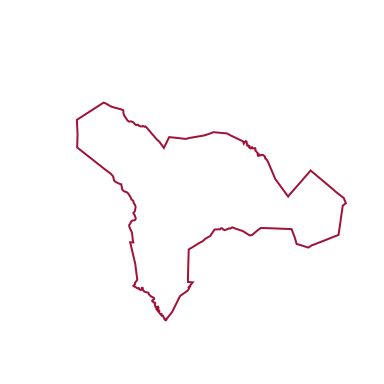 outline of San Cristóbal Amatlán, Oaxaca, Mexico, rotated 137°
{"feature_id": "50627088B79757190065545", "entity_name": "San Cristóbal Amatlán", "entity_type": "district", "adm_level": 2, "iso_a3": "MEX", "parent_name": "Mexico", "parent_adm1": "Oaxaca", "projection": "albers", "projection_center": [-96.353, 16.302], "detail": "fine", "context": "isolated", "style": "outline", "palette": "rose", "viewbox_px": 384, "rotation_deg": 137, "n_neighbors": 0, "source": "geoboundaries", "source_scale": "gbopen_adm2", "svg_char_len": 4939}
<svg xmlns="http://www.w3.org/2000/svg" viewBox="0 0 384 384"><g transform="rotate(137 192 192)"><path d="M245.6,302.9L242.8,284.6L240.2,267.7L238.9,260.7L239.0,257.9L239.0,257.2L239.5,256.2L239.8,256.0L241.1,253.7L241.1,251.8L240.3,249.7L239.8,248.4L239.3,247.2L239.0,246.6L238.6,246.0L238.5,245.9L240.7,242.3L241.0,242.0L241.2,241.4L241.4,240.4L241.4,240.2L241.4,239.6L241.3,238.9L241.0,238.4L240.6,237.8L240.4,237.3L240.0,236.8L239.9,236.4L239.8,235.9L239.7,234.6L239.8,233.8L239.9,233.1L240.1,232.1L240.3,231.2L240.4,230.3L240.7,229.8L240.8,229.2L241.0,228.8L241.3,227.8L241.3,227.6L241.2,227.3L241.2,226.8L241.1,226.5L241.1,226.0L241.1,225.3L241.3,225.0L241.4,224.8L241.6,224.4L242.0,223.9L242.2,223.4L242.4,221.9L242.7,221.1L243.1,220.0L243.8,219.2L245.0,218.4L246.2,217.4L247.1,216.9L248.2,216.7L248.9,216.7L249.1,216.7L249.4,216.2L249.6,215.5L249.7,214.6L249.8,213.9L250.3,212.9L250.6,212.0L250.9,211.5L251.3,211.1L251.5,210.7L252.0,210.5L252.8,210.4L253.6,210.7L254.1,211.1L254.8,211.6L255.3,211.7L255.7,211.9L256.2,211.9L256.8,211.8L257.3,211.6L257.9,211.3L258.7,211.0L259.1,211.0L259.6,210.9L260.4,210.7L260.6,210.6L261.5,209.3L261.8,208.7L262.5,206.7L263.3,204.1L264.3,202.2L265.6,200.5L267.3,198.3L269.0,195.8L269.3,195.2L271.5,197.4L276.4,188.8L282.9,177.5L283.3,177.1L291.9,165.1L296.1,164.3L296.6,163.4L298.9,163.3L297.4,158.4L297.0,158.3L296.6,158.2L296.4,157.9L296.6,157.5L296.9,156.8L296.4,155.4L296.2,155.2L295.6,155.1L295.0,155.1L294.8,155.3L294.5,155.8L294.3,156.1L294.0,156.1L293.7,155.9L293.5,155.6L293.5,155.4L293.7,155.1L293.9,154.9L294.4,154.5L294.7,154.3L294.6,154.0L294.8,153.7L294.8,152.8L294.8,151.9L294.6,151.3L294.4,150.9L293.9,150.0L293.6,149.6L293.2,149.0L292.8,148.6L292.7,148.1L292.7,147.8L292.9,147.4L293.1,147.1L293.2,146.7L293.3,145.9L293.3,144.4L293.2,143.8L292.9,143.3L292.8,142.5L292.5,142.0L292.4,141.4L292.2,140.9L292.1,140.6L292.2,140.2L292.4,140.0L292.6,139.8L293.0,139.6L293.4,139.6L293.7,139.6L293.9,139.5L294.2,139.7L294.4,139.8L294.7,139.8L295.0,139.7L295.3,139.6L295.5,139.4L295.6,139.1L295.6,138.9L295.5,138.4L295.3,137.8L295.3,137.5L295.2,137.1L295.0,136.9L294.9,136.8L294.7,136.6L294.6,136.4L294.6,136.1L294.6,135.9L294.8,135.7L295.0,135.6L295.5,135.4L295.8,135.0L296.0,134.8L296.2,134.5L296.4,134.2L296.5,134.0L296.7,133.5L296.9,133.2L297.0,132.8L297.0,132.4L296.9,132.1L296.7,131.9L296.3,132.0L295.8,131.9L295.7,131.8L295.4,131.6L295.2,131.4L295.0,131.2L295.3,130.6L295.3,130.4L295.6,130.2L295.9,129.9L296.2,129.8L296.3,129.7L296.7,129.9L296.9,130.0L297.0,130.2L297.0,130.5L297.3,130.9L297.5,130.8L297.9,130.8L298.1,128.1L297.8,128.1L297.6,128.1L297.3,128.0L297.1,127.9L296.9,127.9L296.9,127.6L297.0,127.2L297.4,127.0L297.9,126.9L298.2,126.8L298.4,124.1L298.1,124.1L297.9,123.9L297.7,123.8L297.6,123.5L298.1,123.4L298.3,123.2L298.5,122.0L298.4,121.9L298.1,121.8L297.9,121.6L297.7,121.5L297.6,121.3L297.6,121.0L297.7,120.8L297.8,120.7L298.2,119.9L298.3,119.6L298.3,119.2L298.3,118.6L298.4,118.3L298.8,118.1L298.9,116.8L298.8,116.4L298.7,116.1L298.4,115.9L297.6,116.1L297.5,116.3L297.5,116.5L297.4,116.6L297.0,116.8L296.8,116.8L296.7,116.6L296.2,116.6L288.4,117.8L271.6,124.1L262.3,122.8L258.2,124.2L258.7,124.7L253.1,125.4L256.3,129.0L253.9,131.6L233.6,152.2L221.8,149.8L219.5,149.3L218.0,148.7L214.0,148.7L208.8,147.4L201.1,149.2L196.9,145.6L195.7,145.7L195.0,145.3L194.7,144.4L194.7,143.1L194.2,141.9L190.6,140.3L189.9,140.3L188.8,139.1L186.6,138.6L186.0,137.4L185.5,136.3L181.5,128.8L180.0,123.2L179.3,120.8L178.6,120.3L177.3,119.6L169.6,119.2L168.8,119.1L166.1,118.7L156.7,109.3L144.5,97.0L147.6,89.2L150.9,82.7L144.8,72.0L144.6,71.9L140.9,71.4L138.4,70.3L130.2,67.0L123.8,64.5L114.6,60.9L114.1,60.7L102.6,69.9L102.2,70.3L93.9,76.9L91.1,79.2L88.5,79.0L87.1,78.8L85.1,84.2L86.6,93.2L87.4,100.9L90.6,126.8L107.8,125.0L123.6,123.4L124.8,123.1L122.2,144.8L115.8,162.4L115.2,165.7L115.6,166.5L114.5,168.3L114.6,169.7L115.1,170.6L115.0,170.9L115.7,171.6L118.9,173.2L118.7,174.1L117.8,173.6L117.3,174.3L117.4,175.3L117.6,175.6L117.3,178.0L117.5,179.0L116.5,179.9L115.9,180.9L118.0,182.6L118.1,182.8L117.9,183.3L117.6,183.7L117.6,183.8L118.5,183.7L119.4,183.9L119.6,184.4L119.8,185.6L119.6,186.0L118.7,186.1L118.6,186.5L119.0,187.1L120.0,188.1L119.9,188.4L119.1,188.7L118.9,189.1L119.1,189.6L119.0,190.1L118.1,191.0L117.8,191.7L117.9,192.5L118.8,192.3L119.6,192.6L121.1,192.1L120.7,193.1L120.0,193.8L125.2,207.1L126.5,211.0L135.5,221.1L140.0,222.9L144.8,225.2L157.2,233.4L160.4,235.1L167.5,243.4L171.3,247.7L182.5,243.4L181.6,250.7L181.9,254.6L181.6,261.9L181.2,270.3L181.4,271.8L182.2,272.0L182.8,273.7L183.7,273.9L184.9,275.1L185.2,275.7L185.2,276.0L185.4,276.5L185.7,276.8L185.6,277.8L185.8,278.3L186.9,278.8L187.3,279.1L187.3,279.9L187.6,280.9L187.3,282.9L188.5,285.4L190.0,286.3L190.4,288.2L189.5,294.0L188.3,296.6L186.5,298.6L187.6,301.0L192.8,309.4L194.7,315.6L195.8,317.7L210.4,320.3L227.0,323.3L236.3,312.3L245.6,302.9Z" fill="none" stroke="#9f1239" stroke-width="2"/></g></svg>